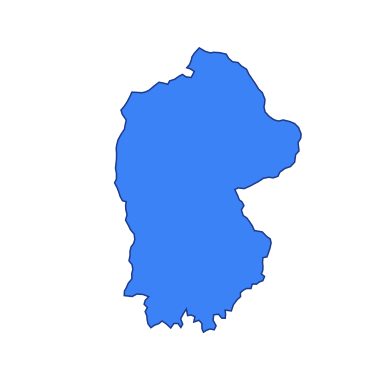 the district of Araçoiaba da Serra, São Paulo, Brazil, rotated 314°
{"feature_id": "56859067B80681232985550", "entity_name": "Araçoiaba da Serra", "entity_type": "district", "adm_level": 2, "iso_a3": "BRA", "parent_name": "Brazil", "parent_adm1": "São Paulo", "projection": "albers", "projection_center": [-47.659, -23.543], "detail": "fine", "context": "isolated", "style": "filled", "palette": "blue", "viewbox_px": 384, "rotation_deg": 314, "n_neighbors": 0, "source": "geoboundaries", "source_scale": "gbopen_adm2", "svg_char_len": 2418}
<svg xmlns="http://www.w3.org/2000/svg" viewBox="0 0 384 384"><g transform="rotate(314 192 192)"><path d="M300.7,97.1L293.8,97.3L289.2,98.1L286.3,99.9L282.0,101.7L277.7,101.9L279.4,105.2L280.3,109.9L273.9,111.9L270.6,107.7L270.0,103.5L266.6,102.3L261.0,101.2L256.4,98.7L252.7,99.7L250.5,95.8L248.0,92.0L241.8,91.1L235.6,90.5L232.0,89.2L228.8,87.2L225.9,83.8L222.1,79.4L217.4,81.1L211.6,82.8L206.6,83.7L201.6,84.0L199.4,88.0L198.1,94.7L194.5,96.9L190.2,99.8L184.3,100.9L178.3,102.5L173.7,105.1L170.7,107.2L167.2,111.1L162.9,115.1L160.1,117.3L156.0,120.4L152.7,125.0L148.7,128.7L144.8,129.9L143.1,135.1L141.1,139.4L138.9,143.4L137.4,148.0L139.3,151.4L136.4,153.4L133.4,156.6L130.6,161.0L125.6,163.8L123.7,169.8L122.2,173.9L121.5,179.7L118.0,183.9L114.5,185.7L110.2,186.3L106.1,188.7L103.3,191.5L98.7,194.5L98.1,199.4L95.2,203.2L91.3,205.5L87.8,209.1L82.3,209.5L77.4,211.3L73.9,212.2L70.4,215.2L75.3,221.6L80.3,223.2L84.3,228.0L86.6,233.6L81.6,233.6L78.0,235.5L77.9,240.2L73.5,241.3L71.5,245.6L69.0,248.4L66.6,252.0L65.8,256.7L70.0,257.5L74.1,259.5L78.4,260.1L79.3,265.1L79.4,271.2L84.8,270.3L87.7,273.3L86.8,278.1L90.5,277.1L92.9,271.9L99.3,270.1L103.9,269.3L100.0,274.7L102.9,276.7L104.3,280.7L99.7,283.6L104.6,286.2L104.3,290.4L100.6,294.1L99.1,297.6L102.9,298.6L106.1,300.2L108.3,303.7L112.5,302.3L114.4,296.3L118.7,292.9L122.5,296.0L121.9,301.0L124.3,303.6L127.4,301.1L130.0,297.9L133.8,302.9L139.6,300.1L145.4,299.3L150.5,299.6L153.1,296.8L157.2,297.1L160.5,298.3L163.5,301.5L167.6,299.3L170.6,302.4L174.3,303.0L177.4,304.6L181.6,302.9L181.2,298.8L184.7,297.4L187.4,295.1L190.2,291.8L194.0,288.6L197.4,291.0L201.6,289.1L205.8,287.1L210.3,284.3L212.6,280.9L211.9,276.7L212.1,270.3L207.6,263.6L209.5,259.0L210.6,254.0L211.4,249.4L210.6,245.2L213.4,240.0L218.3,238.8L219.6,235.0L219.2,231.4L221.2,227.2L223.5,221.1L227.1,222.4L230.7,227.2L236.9,229.7L241.1,231.0L245.2,232.4L251.4,233.8L256.0,237.0L258.6,240.6L263.0,242.9L267.3,241.4L273.5,242.5L278.8,245.2L284.8,245.1L290.9,240.6L295.9,240.4L301.2,234.0L306.3,232.8L309.5,230.2L312.4,223.8L312.5,218.2L310.6,213.4L307.2,207.6L303.0,204.9L300.9,200.7L300.0,195.3L300.3,189.1L303.1,184.7L306.2,182.7L309.3,180.1L312.3,173.5L312.3,168.3L313.8,162.7L315.2,155.9L316.2,151.2L318.2,145.9L316.9,140.0L317.1,135.2L313.8,130.6L313.6,125.4L314.9,120.8L311.6,115.3L307.7,110.7L304.7,108.4L302.4,103.9L300.7,97.1Z" fill="#3b82f6" stroke="#1e3a8a" stroke-width="1.5"/></g></svg>